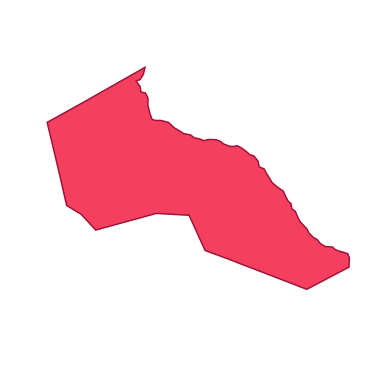 outline of Hugo Napoleão, Piauí, Brazil, rotated 338°
{"feature_id": "56859067B35812474417973", "entity_name": "Hugo Napoleão", "entity_type": "district", "adm_level": 2, "iso_a3": "BRA", "parent_name": "Brazil", "parent_adm1": "Piauí", "projection": "orthographic", "projection_center": [-42.465, -6.043], "detail": "fine", "context": "isolated", "style": "filled", "palette": "rose", "viewbox_px": 384, "rotation_deg": 338, "n_neighbors": 0, "source": "geoboundaries", "source_scale": "gbopen_adm2", "svg_char_len": 1076}
<svg xmlns="http://www.w3.org/2000/svg" viewBox="0 0 384 384"><g transform="rotate(338 192 192)"><path d="M83.8,73.2L76.1,124.1L70.7,157.6L80.8,171.0L88.5,191.3L92.2,191.6L150.9,198.5L180.6,212.5L182.2,251.1L199.8,267.1L211.2,277.8L261.9,325.2L309.4,320.5L313.3,311.9L313.3,307.5L309.6,304.3L305.9,301.7L303.2,299.0L301.7,295.7L295.2,292.5L291.8,288.1L290.2,283.0L287.3,279.2L285.0,273.6L284.8,269.5L282.9,264.7L280.9,259.3L280.7,254.9L280.5,248.7L278.3,244.8L279.5,240.1L277.6,236.0L277.2,231.6L276.9,225.2L274.5,221.7L272.4,218.3L269.7,213.0L269.1,208.2L268.1,203.1L267.5,197.6L263.7,193.8L264.8,188.3L262.9,181.7L259.5,178.9L257.7,175.1L254.3,169.5L251.3,166.1L247.0,165.1L243.8,163.5L239.5,159.5L236.7,155.0L233.8,152.5L227.7,149.7L222.2,148.8L219.2,145.8L214.6,142.7L211.8,138.3L206.3,134.9L203.4,130.7L199.4,125.6L196.4,118.8L190.0,114.0L185.2,112.1L182.2,109.8L182.3,105.5L182.7,101.2L183.7,94.8L186.4,88.4L185.9,82.7L182.2,80.2L183.4,74.7L181.7,68.3L186.0,68.3L191.1,64.6L195.1,58.8L123.6,68.3L83.8,73.2Z" fill="#f43f5e" stroke="#9f1239" stroke-width="1.5"/></g></svg>